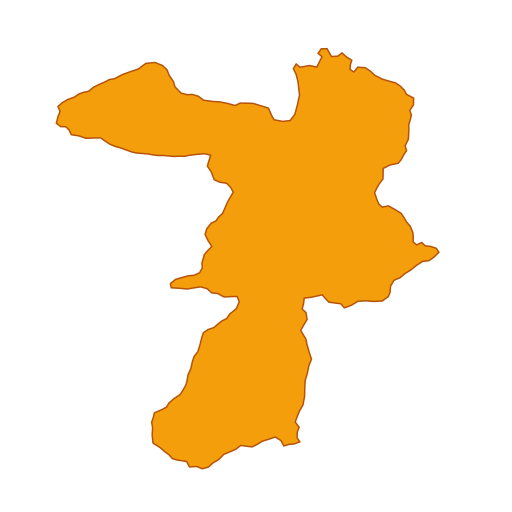 Espera Feliz, Minas Gerais, Brazil, rotated 263°
{"feature_id": "56859067B13761080010034", "entity_name": "Espera Feliz", "entity_type": "district", "adm_level": 2, "iso_a3": "BRA", "parent_name": "Brazil", "parent_adm1": "Minas Gerais", "projection": "natural_earth1", "projection_center": [-41.928, -20.588], "detail": "fine", "context": "isolated", "style": "filled", "palette": "amber", "viewbox_px": 512, "rotation_deg": 263, "n_neighbors": 0, "source": "geoboundaries", "source_scale": "gbopen_adm2", "svg_char_len": 3603}
<svg xmlns="http://www.w3.org/2000/svg" viewBox="0 0 512 512"><g transform="rotate(263 256 256)"><path d="M393.6,101.4L392.9,109.5L392.2,116.2L388.4,120.3L385.0,124.3L382.1,129.2L379.8,134.8L376.8,140.6L374.3,145.6L372.7,150.2L371.6,155.6L370.5,161.1L369.0,165.8L367.7,171.0L367.0,176.6L365.9,181.7L364.8,186.6L364.4,192.2L363.6,197.2L364.1,202.2L364.1,208.7L363.8,217.3L361.6,223.3L356.1,220.8L351.1,218.7L344.8,221.9L336.8,223.8L333.6,229.2L331.8,235.7L326.8,239.4L322.1,241.2L317.3,237.5L312.5,234.0L307.0,230.8L302.3,228.0L299.4,223.8L295.7,220.5L294.1,215.6L289.1,210.5L283.7,208.1L277.5,210.1L270.9,213.3L266.8,208.2L263.7,204.9L259.6,203.2L255.7,201.5L250.6,201.2L246.2,197.9L244.4,192.2L244.6,186.6L243.9,181.4L242.6,173.3L239.0,167.7L234.8,168.0L233.3,176.1L231.6,183.8L231.9,189.6L232.1,197.2L229.6,203.4L224.8,207.6L223.5,213.2L219.2,219.4L218.7,226.8L218.1,232.4L212.6,233.8L206.1,230.0L201.5,222.7L197.6,219.4L195.5,213.7L192.8,209.5L190.1,205.5L188.8,199.3L186.2,194.4L181.5,192.2L174.5,189.5L168.1,186.6L163.8,182.3L159.2,180.1L152.2,177.6L146.2,174.0L140.4,172.3L136.5,170.7L132.2,167.5L127.8,163.9L124.7,157.7L120.8,151.8L116.9,148.7L114.7,142.9L112.7,136.0L108.3,134.4L103.7,132.2L98.1,132.4L90.8,131.1L82.9,131.0L77.5,137.5L72.9,141.6L69.3,145.4L65.0,148.4L63.0,153.2L60.5,162.1L54.8,164.2L54.3,171.5L51.4,176.6L52.3,183.1L55.9,188.1L58.4,194.1L63.0,199.8L65.0,206.8L66.6,212.2L69.8,217.8L68.4,223.3L67.0,228.9L68.8,234.0L71.4,239.7L72.5,245.9L74.0,253.1L69.7,258.3L64.1,260.5L65.0,265.8L64.8,271.0L66.2,276.8L70.7,274.6L76.1,275.5L80.7,277.9L86.5,274.7L92.3,277.7L97.0,280.4L102.3,284.4L110.6,287.1L119.5,288.4L126.6,289.7L133.4,292.7L140.7,295.1L146.8,298.5L154.5,297.0L161.5,295.9L167.4,295.4L171.7,293.5L176.7,291.3L181.3,294.7L186.8,299.0L193.8,298.7L197.7,295.4L203.6,297.6L208.3,298.7L208.3,305.6L208.8,311.4L209.4,317.0L204.9,320.0L201.3,322.7L199.7,328.6L198.3,334.3L193.8,337.4L195.5,344.7L198.7,351.7L198.1,359.5L196.5,367.8L196.0,375.9L199.6,382.4L203.5,384.6L209.7,385.9L215.1,390.0L216.9,396.4L220.3,401.5L223.2,407.8L227.4,414.6L230.3,420.7L230.3,427.2L233.2,432.5L237.4,438.0L241.7,435.8L244.2,430.6L245.5,425.1L249.2,422.1L247.4,416.7L250.9,413.7L255.7,414.4L260.0,414.6L266.7,412.7L271.4,409.6L275.8,407.7L280.6,405.3L285.2,399.6L289.6,393.5L289.1,387.3L292.5,384.3L296.8,383.0L304.4,381.4L308.9,384.3L312.8,387.3L317.0,391.4L322.2,392.2L327.4,392.9L330.0,400.0L330.7,408.4L333.9,411.8L338.9,415.3L342.2,418.3L347.1,417.4L353.4,421.5L360.6,422.8L367.7,423.7L372.6,425.8L377.0,427.4L381.8,426.4L386.8,430.7L393.5,431.7L398.1,425.1L402.6,423.4L407.4,419.6L411.0,415.3L413.3,409.4L416.3,402.7L420.9,395.9L425.4,392.2L429.6,387.3L431.0,380.0L426.7,375.5L429.7,372.1L434.5,373.0L438.6,374.9L442.6,370.0L447.1,366.1L444.4,361.6L444.8,355.2L453.1,351.8L453.7,346.0L449.6,342.3L445.8,345.8L436.1,339.4L438.5,332.4L438.0,322.6L441.7,319.3L437.4,315.9L431.3,318.0L423.8,318.9L410.2,318.8L406.0,317.2L401.5,315.7L397.2,314.0L391.8,311.8L386.3,306.4L386.3,299.0L389.0,290.6L393.4,288.7L401.3,286.3L405.1,277.9L407.9,271.5L408.8,265.5L409.7,258.8L407.9,253.6L411.2,245.6L413.5,238.3L414.5,232.6L417.0,223.0L421.5,218.4L424.1,212.5L424.5,207.3L426.9,201.4L433.8,196.2L439.2,195.3L445.8,191.9L451.8,190.3L456.6,186.2L460.4,179.3L460.6,170.2L455.9,161.8L454.3,154.0L452.4,145.6L449.2,137.0L449.0,131.9L447.2,127.3L445.4,121.2L443.3,115.2L439.9,110.0L439.5,105.0L438.5,100.2L435.9,95.2L434.3,88.3L431.8,82.5L428.6,77.7L423.4,79.1L418.1,76.3L412.1,74.0L408.2,78.0L407.5,82.9L404.0,85.8L398.9,87.5L396.8,94.9L393.6,101.4Z" fill="#f59e0b" stroke="#b45309" stroke-width="1.5"/></g></svg>